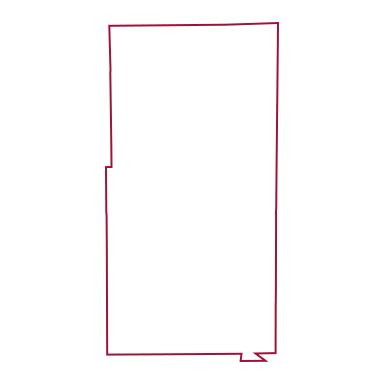 the district of Vermilion, Illinois, United States of America
{"feature_id": "52423323B2069636466078", "entity_name": "Vermilion", "entity_type": "district", "adm_level": 2, "iso_a3": "USA", "parent_name": "United States of America", "parent_adm1": "Illinois", "projection": "albers", "projection_center": [-87.652, 40.18], "detail": "fine", "context": "isolated", "style": "outline", "palette": "rose", "viewbox_px": 384, "rotation_deg": 0, "n_neighbors": 0, "source": "geoboundaries", "source_scale": "gbopen_adm2", "svg_char_len": 586}
<svg xmlns="http://www.w3.org/2000/svg" viewBox="0 0 384 384"><path d="M107.2,354.6L163.0,354.3L241.5,353.8L240.6,361.0L265.5,360.8L255.5,353.5L275.6,353.1L275.7,305.3L275.7,303.1L275.8,301.7L275.8,296.4L275.9,290.8L275.9,289.6L275.9,283.3L276.1,217.4L276.0,211.3L276.2,209.3L276.2,209.2L276.3,197.3L276.3,193.4L276.4,185.5L276.7,153.9L276.7,153.6L277.9,38.8L277.9,31.5L278.0,30.8L278.0,30.7L278.0,23.0L226.1,24.7L109.3,25.8L110.5,70.1L110.3,72.7L111.3,143.1L111.5,167.0L106.0,167.1L106.3,212.4L106.6,215.3L106.8,244.0L107.2,354.6Z" fill="none" stroke="#9f1239" stroke-width="2"/></svg>